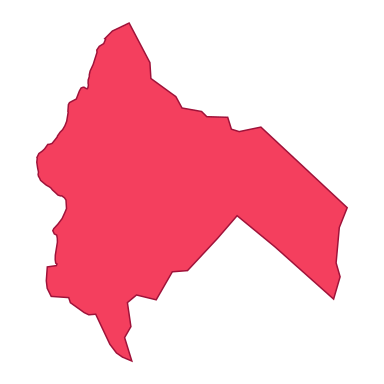 Salem, New Jersey, United States of America
{"feature_id": "52423323B39484776896839", "entity_name": "Salem", "entity_type": "district", "adm_level": 2, "iso_a3": "USA", "parent_name": "United States of America", "parent_adm1": "New Jersey", "projection": "equal_earth", "projection_center": [-75.458, 39.588], "detail": "fine", "context": "isolated", "style": "filled", "palette": "rose", "viewbox_px": 384, "rotation_deg": 0, "n_neighbors": 0, "source": "geoboundaries", "source_scale": "gbopen_adm2", "svg_char_len": 1469}
<svg xmlns="http://www.w3.org/2000/svg" viewBox="0 0 384 384"><path d="M39.2,177.3L40.6,180.4L45.7,184.7L46.6,185.3L49.1,186.7L49.3,186.8L50.8,187.9L52.5,190.0L54.6,191.9L58.0,195.1L60.5,195.9L61.7,195.8L64.5,197.8L66.0,200.1L66.5,208.6L64.8,212.7L62.1,218.6L57.8,224.3L53.8,228.6L52.8,230.7L54.3,233.9L56.7,235.1L57.3,238.3L57.4,242.2L55.3,255.2L55.2,259.7L55.7,263.1L57.0,264.0L56.4,265.6L47.3,266.9L46.3,280.8L47.2,288.3L51.2,296.4L68.7,297.6L70.4,302.7L84.2,312.6L88.8,314.8L95.7,314.2L109.9,344.3L116.5,353.0L122.6,357.2L131.8,361.0L124.6,337.6L130.9,326.6L127.4,302.6L136.5,295.0L156.2,299.8L172.3,271.8L187.5,270.6L217.4,238.5L237.1,215.7L274.9,246.8L333.6,299.1L340.1,276.8L336.1,262.9L339.3,227.5L347.2,207.7L260.9,127.1L239.2,131.6L231.4,129.2L227.7,117.3L206.8,116.7L201.6,111.5L182.0,108.0L175.9,96.7L150.9,78.5L149.9,62.6L129.1,23.0L113.7,30.4L112.4,31.0L104.9,38.5L104.7,38.7L105.0,38.9L105.6,39.2L103.7,43.6L99.3,46.3L96.8,50.0L97.0,52.4L93.2,64.4L92.5,65.9L90.1,71.1L89.3,74.7L89.3,76.6L88.2,79.9L88.1,83.3L88.4,85.1L87.9,87.8L87.1,88.8L85.4,88.2L84.5,87.4L83.2,87.2L81.1,88.0L79.4,91.0L78.7,92.8L76.3,99.0L71.5,101.5L69.5,102.6L68.4,104.6L67.9,111.5L68.2,112.2L66.7,121.2L64.9,125.8L62.6,129.7L60.1,132.2L57.6,135.8L57.3,136.4L57.3,136.9L52.1,143.4L49.5,144.3L47.8,144.4L44.6,148.9L42.4,151.0L38.9,153.5L36.9,157.6L37.2,158.3L36.8,162.2L37.6,167.9L38.5,172.1L38.1,174.5L38.6,176.6L39.2,177.3Z" fill="#f43f5e" stroke="#9f1239" stroke-width="1.5"/></svg>